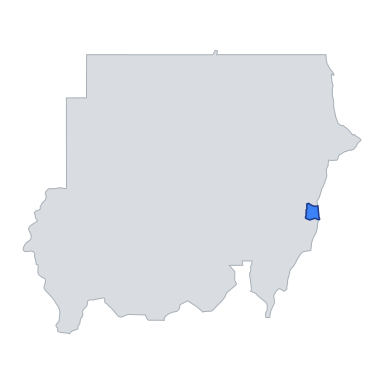 location of Reifi Wad Elhilaiw, Gedarif, Sudan
{"feature_id": "16777658B67194501280165", "entity_name": "Reifi Wad Elhilaiw", "entity_type": "district", "adm_level": 2, "iso_a3": "SDN", "parent_name": "Sudan", "parent_adm1": "Gedarif", "projection": "mercator", "projection_center": [36.021, 14.605], "detail": "fine", "context": "in_parent", "style": "filled", "palette": "blue", "viewbox_px": 384, "rotation_deg": 0, "n_neighbors": 0, "source": "geoboundaries", "source_scale": "gbopen_adm2", "svg_char_len": 4769}
<svg xmlns="http://www.w3.org/2000/svg" viewBox="0 0 384 384"><path d="M269.7,317.5L266.0,317.5L265.6,316.6L265.6,314.1L266.0,312.3L267.4,309.3L267.1,307.7L267.3,305.4L266.3,302.8L257.3,295.3L255.5,293.2L250.6,291.3L251.5,289.1L249.5,273.6L250.5,271.8L250.8,269.1L250.7,266.7L251.9,262.7L252.0,261.0L242.4,260.9L242.3,262.6L242.7,264.5L242.7,265.3L229.3,265.4L234.7,271.5L234.9,274.1L234.6,277.5L234.7,279.6L235.0,281.0L236.5,283.7L236.4,284.2L236.0,284.9L226.5,293.0L225.0,296.7L223.7,298.7L220.9,302.0L212.3,310.6L210.9,311.2L204.3,311.5L203.6,311.7L203.1,312.1L202.8,312.0L197.2,307.0L187.7,300.8L181.4,304.0L179.7,305.2L179.6,308.1L178.7,309.6L177.0,311.3L172.4,312.3L170.0,313.2L167.1,314.8L164.3,317.6L164.1,319.0L164.4,320.3L148.3,320.2L147.3,319.2L145.0,314.7L143.3,314.9L128.7,314.4L126.6,314.9L122.5,316.8L120.4,317.1L118.2,316.2L110.5,307.2L108.8,306.1L107.1,304.0L105.5,303.1L104.9,302.4L104.7,301.4L104.8,299.4L104.2,298.2L103.0,297.9L92.7,300.0L91.2,299.8L89.1,300.1L88.3,300.5L87.4,301.7L87.3,304.2L87.0,305.4L86.2,306.7L83.3,309.8L82.6,311.1L82.8,314.5L82.6,316.2L82.1,317.0L80.9,318.3L80.4,319.0L79.9,323.3L78.3,325.9L77.9,326.8L77.8,328.7L77.5,329.2L72.9,330.7L71.1,331.7L70.1,333.1L69.8,333.7L67.8,333.2L65.3,332.9L60.4,332.4L58.4,331.7L57.5,330.7L57.8,328.1L57.3,327.5L56.5,327.1L56.0,325.9L56.1,324.6L58.7,321.6L59.2,320.0L59.9,312.4L59.7,310.1L57.7,305.9L53.0,298.6L51.8,297.2L46.0,291.1L45.3,290.2L43.9,287.7L45.4,282.1L45.5,280.6L45.1,279.0L43.7,277.8L42.3,277.6L40.6,276.1L39.5,275.5L38.5,274.1L37.8,272.3L38.3,265.7L37.9,264.8L36.4,264.6L36.1,264.1L36.1,262.8L35.3,259.1L34.4,256.0L34.9,254.2L33.7,251.9L31.3,250.9L26.6,251.7L25.1,251.5L24.1,251.1L23.4,250.2L23.0,249.2L23.4,247.7L24.7,244.9L26.4,242.5L29.7,240.4L30.6,239.3L31.2,238.1L31.2,236.6L31.0,235.1L30.6,233.7L29.6,231.9L28.7,229.8L28.7,228.3L29.1,227.3L30.0,226.0L33.4,223.6L36.8,221.5L37.4,220.8L37.2,220.0L35.6,218.3L35.1,215.0L34.2,212.7L36.0,211.0L37.3,210.4L39.3,209.9L40.1,209.2L40.3,207.8L40.2,206.5L41.0,205.5L41.9,203.4L42.7,202.4L45.3,200.0L45.9,198.4L46.1,196.9L45.4,192.3L46.9,190.3L48.8,188.7L51.6,188.8L55.9,188.5L58.9,187.8L60.9,187.8L65.7,188.7L66.2,188.3L66.5,187.1L66.4,97.9L86.3,97.9L86.5,97.7L86.6,54.7L212.0,54.8L213.0,54.6L215.0,50.6L215.8,50.3L217.1,50.5L217.5,51.4L216.5,54.7L326.0,54.7L326.2,59.7L327.1,63.6L330.2,69.3L332.8,72.3L333.8,73.9L333.9,74.7L333.7,75.4L332.9,74.6L331.6,74.1L331.4,76.7L332.0,82.1L333.1,85.8L332.3,89.3L332.4,95.2L333.8,102.2L333.6,106.7L335.8,117.2L338.0,123.0L339.3,124.4L340.6,125.2L343.2,125.6L347.1,128.6L350.2,131.7L351.3,133.3L352.8,135.1L353.8,134.8L354.4,134.3L355.4,135.7L360.2,138.8L361.0,140.3L359.2,141.7L357.2,144.1L356.2,146.4L355.7,147.1L354.1,148.5L353.8,149.2L353.1,149.6L352.3,149.6L350.7,150.4L349.2,150.1L347.7,150.6L347.1,151.1L345.9,151.6L344.3,151.8L341.8,153.7L339.6,154.7L338.8,155.4L337.7,159.2L336.8,160.2L333.6,160.3L332.0,160.6L329.8,160.2L328.7,160.2L328.5,161.1L328.1,164.3L328.1,165.7L326.3,169.4L326.8,176.3L325.1,181.4L324.8,182.6L323.0,186.7L322.1,188.2L319.8,195.8L318.9,198.2L317.0,200.6L319.0,218.8L317.4,224.4L317.4,227.4L316.3,231.9L315.4,234.0L313.9,236.5L312.7,239.3L311.6,242.9L310.9,249.9L310.6,250.5L304.8,251.4L303.0,251.9L301.8,252.6L300.3,254.4L297.3,259.3L295.8,262.3L293.4,266.4L290.6,269.3L290.0,270.7L289.5,273.3L288.4,277.4L287.5,280.4L287.7,282.7L286.8,286.8L286.9,288.8L285.9,289.9L284.6,291.0L283.7,291.2L279.7,288.5L276.8,290.4L275.1,293.0L273.7,295.7L274.5,301.4L274.4,302.6L274.0,304.0L271.4,309.5L270.6,312.0L269.8,316.5L269.7,317.5Z" fill="#d9dde1" stroke="#a8b0b8" stroke-width="1"/><path d="M319.4,219.6L319.6,219.1L319.7,218.9L319.4,218.5L319.0,217.3L319.0,217.2L318.9,217.0L318.9,216.9L318.9,216.7L318.6,213.3L318.5,212.4L318.3,210.0L317.9,205.9L316.1,206.2L315.9,206.3L313.9,206.1L313.2,206.0L311.8,205.3L310.4,204.6L308.7,203.3L308.0,203.9L307.9,203.9L307.7,203.8L306.8,203.9L306.9,205.6L306.9,205.8L306.8,206.3L306.7,206.5L306.8,207.3L306.9,207.5L307.1,208.0L306.9,208.8L306.7,209.0L306.2,210.0L306.1,210.4L306.1,210.7L306.3,211.3L306.2,211.6L306.3,212.0L306.5,212.2L306.4,212.7L306.2,212.8L306.1,213.0L305.9,213.4L305.9,213.5L306.0,213.9L306.2,214.1L306.3,214.2L306.3,214.6L306.2,215.1L306.1,215.3L306.0,215.5L305.8,216.5L305.6,216.6L305.6,216.9L305.5,217.1L305.6,217.7L305.6,217.8L305.6,218.1L306.0,218.2L306.2,218.3L306.4,218.7L306.7,218.7L307.5,219.0L307.9,219.1L308.2,219.3L308.7,219.6L308.8,219.6L309.1,219.8L309.4,219.8L309.6,219.9L309.9,219.9L310.3,219.8L310.6,219.7L311.6,219.4L312.1,219.2L312.9,218.9L314.2,218.5L314.3,218.5L315.1,218.4L315.4,218.4L315.5,218.4L315.8,218.5L316.4,218.9L316.8,219.1L317.1,219.3L317.5,219.4L317.7,219.5L318.0,219.5L318.4,219.6L318.9,219.6L319.4,219.6L319.4,219.6Z" fill="#3b82f6" stroke="#1e3a8a" stroke-width="1.5"/></svg>